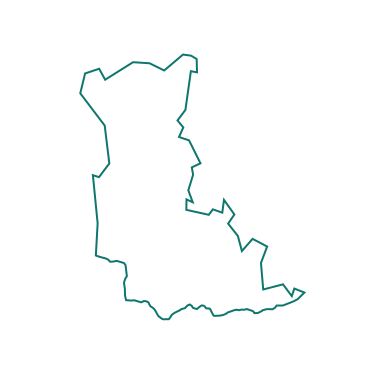 Mitchell, North Carolina, United States of America (Albers equal-area conic projection), rotated 197°
{"feature_id": "52423323B85327388246138", "entity_name": "Mitchell", "entity_type": "district", "adm_level": 2, "iso_a3": "USA", "parent_name": "United States of America", "parent_adm1": "North Carolina", "projection": "albers", "projection_center": [-82.222, 35.991], "detail": "fine", "context": "isolated", "style": "outline", "palette": "teal", "viewbox_px": 384, "rotation_deg": 197, "n_neighbors": 0, "source": "geoboundaries", "source_scale": "gbopen_adm2", "svg_char_len": 1628}
<svg xmlns="http://www.w3.org/2000/svg" viewBox="0 0 384 384"><g transform="rotate(197 192 192)"><path d="M177.0,63.6L176.3,65.2L175.3,68.9L173.1,71.6L169.0,75.4L168.6,76.1L168.0,76.8L167.2,77.3L164.8,78.9L163.7,81.1L163.0,82.3L161.1,83.8L158.4,82.7L157.5,81.6L155.6,81.4L153.0,81.6L151.2,84.4L149.7,86.3L147.8,86.7L146.4,86.3L144.5,84.9L141.6,85.6L140.5,85.4L135.4,80.2L134.8,80.0L129.7,81.7L126.4,83.4L123.7,85.6L122.8,87.1L116.8,91.5L114.8,92.5L112.5,92.7L109.9,94.2L108.0,94.5L105.2,96.1L98.9,95.9L97.9,95.3L96.9,94.4L93.7,95.5L90.4,98.6L90.1,99.4L86.5,101.7L83.5,102.7L80.9,103.3L78.9,105.4L77.8,108.2L71.9,110.0L62.8,117.2L59.6,120.4L55.1,128.7L65.9,129.6L66.1,121.6L78.0,130.3L95.4,119.6L105.3,144.3L104.2,161.8L120.4,164.9L127.0,150.1L135.3,163.4L148.2,172.3L144.9,182.9L159.1,193.8L157.0,181.1L167.0,181.5L169.3,175.1L192.2,173.3L195.1,183.3L188.3,182.4L196.0,192.5L196.0,208.9L199.4,215.5L192.3,221.9L209.9,240.5L220.5,240.8L219.2,251.2L226.8,256.2L222.3,268.6L228.4,307.2L222.2,307.9L226.4,320.5L232.7,322.1L240.8,320.8L254.1,300.1L270.2,302.7L286.3,298.9L307.9,274.0L316.8,282.7L328.9,274.1L327.7,253.7L294.9,230.0L279.4,195.1L285.3,179.0L291.7,179.1L273.1,134.5L265.4,103.2L262.2,103.0L254.4,103.2L252.4,102.8L250.0,101.4L247.7,102.1L243.9,104.1L236.4,104.2L234.2,102.7L229.7,92.5L230.5,89.3L230.5,85.3L227.8,79.6L225.8,73.4L223.4,69.3L218.4,70.4L215.3,71.6L210.1,71.6L208.2,71.7L207.2,72.6L206.1,73.7L204.0,74.1L201.7,73.8L201.0,73.3L200.4,72.5L198.4,70.6L195.9,69.9L193.7,68.9L191.3,66.8L189.7,65.1L187.8,63.5L183.8,62.0L182.1,61.9L179.3,62.9L177.0,63.6Z" fill="none" stroke="#0f766e" stroke-width="2"/></g></svg>